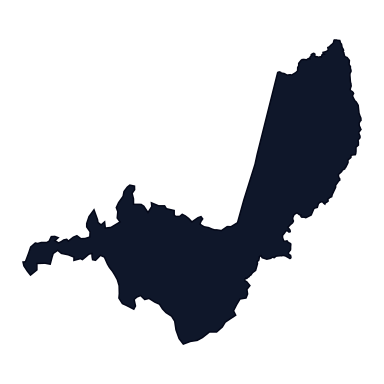 Zacharia, Paphos, Cyprus
{"feature_id": "46923920B76553636129870", "entity_name": "Zacharia", "entity_type": "district", "adm_level": 2, "iso_a3": "CYP", "parent_name": "Cyprus", "parent_adm1": "Paphos", "projection": "natural_earth1", "projection_center": [32.548, 34.988], "detail": "fine", "context": "isolated", "style": "filled", "palette": "ink", "viewbox_px": 384, "rotation_deg": 0, "n_neighbors": 0, "source": "geoboundaries", "source_scale": "gbopen_adm2", "svg_char_len": 4798}
<svg xmlns="http://www.w3.org/2000/svg" viewBox="0 0 384 384"><path d="M277.6,72.8L257.2,154.2L255.0,164.3L243.9,199.7L237.5,222.7L231.0,226.7L227.2,226.6L221.4,230.6L216.9,229.9L214.6,229.9L211.8,229.0L208.6,227.6L204.2,226.8L201.8,225.4L200.0,224.1L200.8,221.6L202.7,218.9L201.0,216.6L198.0,217.7L191.9,221.9L188.6,218.4L185.3,215.9L182.2,214.3L179.7,216.4L175.5,216.4L174.2,214.9L174.2,210.5L166.4,208.7L164.6,205.8L158.6,205.8L151.4,202.8L151.8,206.5L148.0,212.5L143.8,206.2L141.1,204.4L133.5,204.3L133.5,198.9L132.1,193.3L134.6,189.7L134.5,186.1L129.8,185.1L127.3,187.1L124.0,191.5L123.1,196.3L118.6,202.6L116.3,207.6L117.8,211.6L117.2,218.0L120.1,221.9L111.0,227.4L105.3,228.1L104.6,221.9L101.1,224.9L98.0,222.5L97.5,219.6L94.0,209.8L89.0,216.6L86.7,223.5L86.7,226.9L90.1,231.8L89.8,237.0L85.2,238.5L80.9,238.7L76.9,235.7L73.3,237.2L68.3,241.1L66.7,239.3L63.8,239.9L61.3,241.6L58.6,242.9L54.9,240.6L58.2,237.7L54.8,236.4L51.3,236.6L49.1,241.2L46.7,242.5L41.2,242.5L37.7,243.5L35.3,243.0L30.7,247.0L28.7,253.0L25.4,261.8L23.0,262.0L23.9,265.9L27.4,271.2L30.5,275.1L36.9,269.9L36.9,263.5L45.0,263.2L50.2,264.2L52.0,257.4L53.2,253.5L57.7,250.3L61.4,253.4L68.3,254.8L74.0,257.1L73.9,260.4L80.5,258.6L82.4,259.6L85.7,256.9L88.8,254.2L91.9,253.4L92.1,256.8L92.6,259.7L95.5,260.3L98.0,257.8L100.4,255.3L104.4,257.1L107.5,264.1L109.5,267.5L112.5,271.3L114.9,275.2L117.3,279.6L119.1,285.7L119.3,293.7L118.9,298.1L122.4,303.6L126.2,305.3L133.8,309.2L135.5,306.0L134.1,299.5L136.8,297.1L140.6,295.5L144.7,299.5L149.0,298.4L154.8,302.1L159.5,304.2L162.5,308.9L166.0,312.6L171.6,316.2L174.7,321.2L176.0,329.9L179.1,338.6L183.3,344.1L190.5,341.4L197.2,340.4L202.5,337.5L209.4,332.0L216.6,332.0L222.3,327.0L225.2,322.2L230.1,318.9L235.7,315.2L233.5,310.8L236.6,304.7L240.0,299.0L246.0,298.0L247.6,294.0L246.9,289.4L249.9,285.6L246.6,281.6L245.2,281.2L244.9,280.3L245.0,278.9L245.7,278.0L246.7,278.5L248.4,276.9L248.8,276.9L249.9,275.5L250.8,275.1L252.5,272.7L255.6,270.4L257.5,263.7L257.2,261.3L258.5,260.7L258.9,259.8L259.4,256.6L261.0,255.6L262.2,257.7L264.4,258.4L266.8,259.2L270.8,258.3L272.3,257.1L274.2,257.7L276.2,256.1L276.5,256.1L280.5,255.7L281.8,255.8L282.9,255.4L285.4,255.9L289.1,258.0L289.9,258.5L290.5,258.3L290.9,257.7L290.9,257.0L290.7,255.9L290.5,255.3L288.9,254.4L288.5,253.6L288.6,252.4L289.3,251.3L290.4,250.1L290.6,249.1L290.6,246.8L290.8,244.7L290.7,243.8L290.4,243.5L289.5,243.1L288.4,242.4L288.0,242.2L287.0,240.8L285.7,241.2L284.4,241.2L283.8,241.1L282.6,237.8L282.5,235.5L284.6,232.9L285.8,231.0L286.4,230.8L287.8,231.0L289.0,232.1L290.2,231.7L290.2,231.1L289.9,229.9L288.1,227.6L288.2,226.6L289.2,226.0L290.1,224.9L292.5,222.9L293.3,221.5L293.4,220.8L292.8,219.5L292.7,218.4L292.9,217.2L293.9,214.9L295.4,213.7L296.7,213.0L297.4,213.1L299.4,214.7L301.1,215.2L300.8,216.0L301.3,216.8L301.8,217.2L304.2,217.2L305.8,217.7L311.2,215.0L313.8,208.8L314.6,208.1L317.3,207.4L318.4,203.7L319.8,202.4L321.2,201.9L322.2,201.7L322.9,202.2L323.7,203.2L324.9,204.1L325.1,203.6L325.2,202.9L326.9,202.2L327.2,201.6L328.2,201.0L327.7,199.4L329.7,197.6L331.7,196.7L332.2,194.6L335.6,187.4L335.7,185.1L337.5,182.7L338.5,181.1L339.8,180.1L339.7,178.7L338.8,177.5L338.5,176.0L338.4,174.5L339.4,173.6L341.1,172.1L341.8,171.4L342.2,170.3L342.8,169.9L344.7,168.9L344.9,168.5L344.8,167.9L345.6,167.5L347.6,163.6L348.1,162.1L347.8,160.4L349.0,159.1L350.6,157.8L351.0,157.2L350.9,155.4L352.8,154.9L355.3,154.7L355.7,153.7L356.0,151.3L356.0,147.2L358.4,145.1L358.4,141.9L358.0,140.7L358.7,139.3L360.0,137.8L360.0,136.1L359.3,134.5L358.8,132.9L358.8,132.2L359.0,132.1L361.0,129.4L360.4,128.4L360.2,127.6L359.3,125.8L359.1,123.4L360.0,121.3L361.0,120.4L360.9,118.1L359.9,115.8L359.0,113.1L358.2,105.3L357.1,103.4L356.1,101.8L354.9,100.8L352.9,97.0L352.6,95.8L352.9,94.7L353.6,93.6L353.2,92.6L352.3,91.6L351.0,90.9L350.1,89.6L350.5,88.1L351.2,86.0L351.0,84.7L351.0,83.8L350.7,83.1L350.4,81.6L350.2,79.3L349.9,75.1L350.0,73.4L351.0,71.5L351.0,70.3L350.4,68.3L350.4,66.4L349.6,65.4L349.1,64.3L349.4,60.4L347.1,57.5L345.2,56.8L344.5,55.8L344.1,54.3L343.8,52.6L342.9,51.2L343.6,50.3L343.2,49.2L342.1,47.4L341.5,44.1L340.6,43.2L339.8,40.5L337.5,40.3L336.0,39.9L335.6,40.4L334.7,39.9L334.0,40.2L333.4,42.9L332.4,44.0L330.4,45.6L329.4,46.8L327.8,47.5L327.9,48.0L328.2,49.8L327.9,50.4L327.3,50.9L325.6,51.7L323.0,52.4L323.1,52.9L324.1,54.1L322.9,54.0L322.0,54.8L321.4,57.1L320.2,56.7L318.9,57.3L316.8,56.6L315.5,56.8L314.9,56.3L314.9,54.1L313.8,53.3L312.8,53.6L311.8,54.2L311.1,55.0L311.7,55.6L309.9,57.3L310.0,58.8L308.4,58.5L306.6,59.8L303.6,59.4L303.3,59.7L302.2,59.5L301.1,60.3L298.7,63.3L298.7,65.7L297.7,67.4L297.6,70.9L295.8,72.6L291.6,75.1L290.3,74.7L287.0,75.1L284.4,73.6L282.9,73.3L281.2,73.1L280.8,72.4L279.5,71.9L278.5,72.1L277.8,72.4L277.6,72.8Z" fill="#0f172a" stroke="#020617" stroke-width="1.5"/></svg>